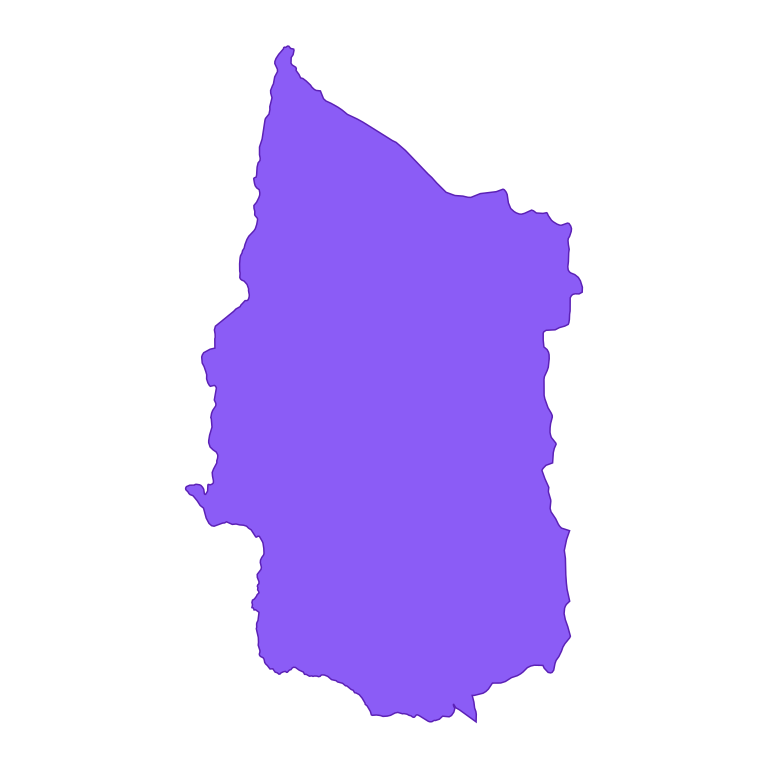 the district of Penipe, Chimborazo, Ecuador
{"feature_id": "8360857B23969397471508", "entity_name": "Penipe", "entity_type": "district", "adm_level": 2, "iso_a3": "ECU", "parent_name": "Ecuador", "parent_adm1": "Chimborazo", "projection": "equal_earth", "projection_center": [-78.46, -1.554], "detail": "fine", "context": "isolated", "style": "filled", "palette": "violet", "viewbox_px": 768, "rotation_deg": 0, "n_neighbors": 0, "source": "geoboundaries", "source_scale": "gbopen_adm2", "svg_char_len": 6094}
<svg xmlns="http://www.w3.org/2000/svg" viewBox="0 0 768 768"><path d="M396.1,142.4L392.4,140.6L363.0,122.2L357.4,119.1L347.4,114.4L342.2,110.1L338.1,107.3L331.0,103.3L326.0,101.0L323.5,98.7L320.4,90.9L316.1,90.4L314.4,89.5L312.0,87.3L310.5,85.1L306.2,81.0L302.9,78.5L300.6,77.9L299.0,74.5L296.1,70.5L296.3,68.6L295.8,67.3L292.2,65.0L291.0,63.2L291.2,57.5L293.1,54.7L294.0,50.4L293.7,49.1L290.6,48.4L288.8,46.2L287.5,46.1L285.8,47.3L284.3,47.2L283.7,47.7L283.4,48.9L278.8,54.2L276.0,58.5L274.9,61.4L274.8,63.6L277.4,69.2L277.5,71.6L274.7,76.9L273.4,84.0L272.6,85.4L270.6,90.4L270.7,93.1L272.0,97.8L269.8,106.6L269.9,109.7L269.0,114.1L265.5,118.4L265.0,120.0L262.1,139.1L259.5,147.0L259.5,154.8L260.2,158.2L260.0,160.5L258.1,162.9L257.1,167.1L256.6,175.1L256.1,177.1L254.2,177.9L253.7,178.7L254.5,183.4L255.2,185.8L256.7,187.9L259.2,189.7L259.8,192.9L259.7,195.1L258.9,197.5L256.6,202.2L253.9,205.5L254.0,208.3L254.8,211.4L254.7,214.6L255.0,215.5L257.2,218.1L257.6,219.0L257.3,221.3L256.7,224.5L255.3,228.7L254.0,230.7L248.8,236.2L246.9,239.5L245.0,244.5L244.1,248.3L242.6,250.5L242.0,253.0L240.5,255.8L240.1,257.8L239.6,263.8L239.7,271.0L240.1,273.1L239.8,277.6L240.5,279.0L241.6,280.0L244.1,281.1L247.1,284.5L248.6,288.8L248.5,290.7L249.3,294.9L249.1,297.1L248.2,299.7L247.0,300.6L245.1,300.6L240.8,305.2L240.2,306.6L235.9,309.0L233.7,311.3L215.4,326.2L214.4,329.9L215.1,334.0L215.2,337.2L214.8,338.9L214.9,348.1L210.1,349.2L203.7,352.7L202.3,355.0L201.7,357.0L202.2,363.0L204.1,366.6L205.9,371.9L206.7,374.7L206.6,378.9L207.9,382.9L209.3,385.3L210.3,386.3L214.3,385.4L215.4,386.1L216.4,387.9L214.3,400.0L215.8,403.3L215.9,404.5L215.7,405.9L212.7,410.4L211.6,413.2L210.8,417.7L211.3,418.8L212.0,427.1L209.6,435.1L208.7,440.7L208.7,442.7L210.1,447.0L213.0,449.8L216.3,452.1L217.6,454.6L217.8,455.7L217.6,458.1L216.8,460.7L216.8,462.9L213.5,469.1L212.2,472.5L212.5,476.1L213.4,480.6L213.4,482.5L213.0,483.3L211.9,484.2L210.3,484.8L208.3,484.4L207.9,484.9L207.6,491.1L205.6,494.4L205.0,494.4L204.4,493.8L203.7,489.2L202.6,487.3L201.0,485.5L199.6,484.8L196.5,484.3L195.3,484.4L194.2,485.1L189.7,485.2L186.5,486.6L185.9,487.4L185.6,488.8L185.9,489.8L187.9,491.8L189.0,493.6L190.1,494.6L192.8,495.6L193.5,496.3L197.2,500.8L200.2,505.5L203.5,508.1L206.2,518.1L209.0,523.4L211.6,525.7L214.1,526.2L222.6,523.1L224.7,522.9L226.5,521.8L232.3,524.4L236.1,524.0L239.6,524.9L243.5,525.2L246.6,526.2L248.6,528.2L251.2,529.9L255.7,536.9L256.5,537.1L258.0,536.2L259.4,536.4L262.5,541.8L263.0,543.2L263.8,548.5L264.0,553.3L263.6,554.9L261.8,557.4L260.5,560.1L260.3,562.6L261.4,567.2L261.0,569.4L257.2,574.4L257.3,577.4L259.0,581.7L258.9,583.7L257.8,584.8L257.3,586.2L257.9,587.5L257.6,589.9L258.5,591.1L259.0,592.8L257.2,594.6L256.4,596.3L254.4,599.0L252.5,600.1L251.9,602.4L252.5,604.8L251.9,607.6L253.3,608.0L254.1,610.0L255.2,609.7L256.2,610.2L259.0,612.3L258.0,620.4L256.9,622.7L256.6,624.0L256.7,627.2L256.3,628.7L258.3,637.4L258.5,642.2L258.2,645.2L259.9,650.5L259.9,652.0L259.3,654.1L259.5,655.1L260.4,656.4L263.2,657.8L264.1,659.4L264.7,662.4L265.6,663.9L267.4,665.6L270.0,669.0L272.8,668.8L275.1,672.1L277.3,672.8L279.0,674.2L280.2,673.9L281.1,672.8L283.6,671.7L285.3,671.4L286.5,672.3L287.4,672.2L289.5,670.0L290.9,669.7L292.3,667.9L293.4,667.3L295.4,667.4L299.1,670.1L303.4,672.1L304.5,674.3L306.3,674.4L309.4,676.2L311.8,675.9L313.0,676.4L314.6,676.0L316.9,676.1L318.6,676.7L320.2,676.3L320.9,675.4L321.9,674.9L324.3,675.0L327.8,676.4L331.5,679.6L336.2,680.7L337.5,681.9L342.6,683.3L345.5,685.8L346.2,685.7L347.2,686.2L351.2,689.5L353.2,690.3L354.6,692.7L356.2,693.0L359.3,694.7L362.2,698.2L365.0,703.0L365.2,704.3L367.2,706.0L370.4,711.5L371.3,714.8L372.2,715.3L376.4,715.0L380.3,715.5L383.0,716.4L387.3,716.1L390.6,715.3L395.0,713.0L397.8,712.4L402.5,713.8L403.9,713.6L407.0,714.2L409.0,715.3L411.0,715.8L412.6,717.0L413.6,717.3L414.5,717.1L416.3,715.0L417.2,714.8L419.1,715.6L428.3,721.3L429.9,721.8L431.9,721.7L434.1,720.4L435.4,720.5L439.4,719.2L442.6,716.2L449.2,716.8L451.5,715.5L453.8,712.2L454.7,709.0L454.7,708.3L453.5,705.6L453.4,703.9L455.8,707.8L459.4,709.8L476.1,721.9L476.3,714.4L475.9,711.6L474.6,708.0L473.9,702.1L472.2,695.4L474.3,695.4L483.1,693.2L485.9,691.5L488.4,689.1L492.4,683.1L500.7,683.0L505.4,681.5L511.5,677.6L517.3,675.7L520.5,673.9L523.0,672.0L527.4,667.6L530.8,666.0L534.4,665.2L542.9,665.4L544.2,668.2L548.1,672.4L550.6,672.9L552.1,672.4L553.7,670.2L555.0,663.5L556.1,660.4L558.9,656.5L561.5,651.1L562.9,647.1L564.9,643.7L569.7,637.8L570.4,636.2L567.8,626.7L565.3,619.6L564.1,613.6L564.6,608.2L565.4,606.1L566.4,604.4L569.7,601.2L567.1,589.4L566.4,583.3L565.8,574.9L565.4,558.3L564.3,550.4L566.6,539.4L569.6,530.7L561.5,528.1L559.7,526.3L558.3,524.2L555.7,518.8L551.0,511.8L550.1,508.3L550.8,501.4L550.7,499.8L548.5,492.3L548.4,491.2L548.8,487.4L544.9,478.7L542.0,470.6L542.3,469.5L543.4,468.0L546.0,465.3L552.6,462.9L553.3,452.6L554.3,448.4L556.1,444.3L555.9,443.2L551.3,437.4L550.5,434.8L550.0,432.3L550.1,427.8L550.6,423.6L552.3,417.1L552.2,415.4L551.2,413.1L548.0,407.7L544.8,398.7L544.1,395.3L544.0,379.4L544.4,376.6L547.2,370.5L548.3,367.2L549.2,358.8L549.1,354.7L548.5,352.2L547.1,349.6L543.9,346.9L543.2,340.0L543.2,334.7L543.2,333.2L543.8,331.8L546.1,330.3L555.2,329.8L559.4,327.6L564.8,326.1L568.2,324.4L568.9,322.6L569.4,319.4L569.6,314.2L570.1,311.0L570.2,297.8L571.5,295.5L572.9,294.4L575.1,293.8L579.1,293.9L582.2,292.2L582.4,287.2L580.4,280.8L578.3,277.4L574.8,274.6L570.9,273.0L569.5,272.0L568.2,270.0L567.8,266.7L568.4,261.8L568.7,252.8L569.2,249.3L568.4,244.8L568.0,240.6L568.3,238.5L569.6,236.3L571.2,231.5L571.5,228.7L570.7,226.0L569.0,223.5L567.5,223.1L561.5,225.2L559.9,225.2L557.0,224.1L553.3,221.8L551.5,220.3L548.3,215.6L547.2,213.1L546.6,212.7L543.0,213.4L536.4,213.0L533.5,210.8L531.6,210.1L524.6,213.3L521.4,214.2L519.3,214.0L516.3,212.9L514.0,211.5L510.7,208.5L508.4,202.9L507.2,194.6L506.2,192.2L505.0,190.6L504.2,189.7L503.0,189.2L496.2,191.7L480.3,193.6L470.9,197.4L468.0,197.3L462.9,196.1L454.9,195.5L446.1,192.3L436.7,183.0L431.8,177.5L427.9,173.9L405.4,150.4L396.1,142.4Z" fill="#8b5cf6" stroke="#5b21b6" stroke-width="1.5"/></svg>